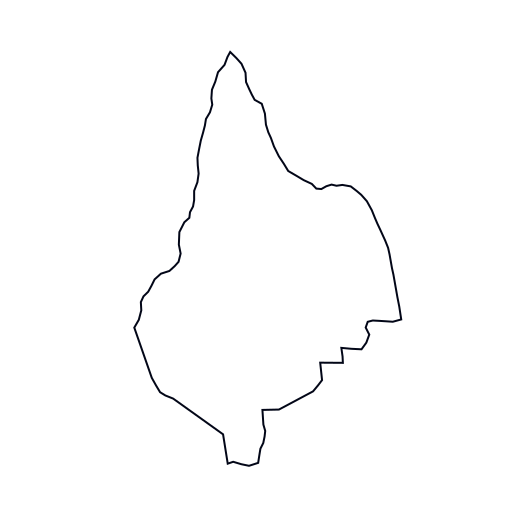 outline of Lamarão, Bahia, Brazil, rotated 170°
{"feature_id": "56859067B14062701434656", "entity_name": "Lamarão", "entity_type": "district", "adm_level": 2, "iso_a3": "BRA", "parent_name": "Brazil", "parent_adm1": "Bahia", "projection": "natural_earth1", "projection_center": [-38.916, -11.798], "detail": "fine", "context": "isolated", "style": "outline", "palette": "ink", "viewbox_px": 512, "rotation_deg": 170, "n_neighbors": 0, "source": "geoboundaries", "source_scale": "gbopen_adm2", "svg_char_len": 1582}
<svg xmlns="http://www.w3.org/2000/svg" viewBox="0 0 512 512"><g transform="rotate(170 256 256)"><path d="M388.3,206.6L379.8,154.1L376.9,145.8L374.1,138.5L369.5,134.4L362.4,130.0L319.4,86.1L319.9,56.4L314.2,57.3L306.6,53.5L299.3,50.6L289.8,51.9L287.0,60.1L285.1,65.5L281.3,70.6L278.9,76.7L277.3,82.1L278.0,88.7L276.4,103.3L260.1,100.8L223.3,112.8L217.3,117.9L212.5,122.3L211.3,139.8L189.0,135.7L188.2,142.0L187.9,150.7L178.4,148.1L168.3,145.8L162.4,151.5L158.1,158.9L160.4,166.5L157.4,171.8L152.2,172.2L145.8,170.7L140.0,169.3L132.7,167.5L124.0,168.3L123.7,181.1L123.9,190.9L123.9,205.0L123.9,213.7L124.2,220.4L124.2,226.2L124.2,234.4L124.5,241.1L126.1,248.8L129.1,260.4L130.8,266.6L132.2,272.5L134.0,281.0L137.3,290.7L141.7,297.9L145.5,302.5L150.6,308.1L158.6,311.0L164.5,311.2L169.2,313.2L174.6,312.5L180.0,310.6L184.9,311.9L188.5,317.3L195.8,322.4L202.4,328.1L209.5,334.1L212.5,341.8L216.2,350.3L219.3,360.8L220.8,369.6L222.4,375.7L223.4,383.6L222.5,394.7L223.9,404.9L230.2,410.0L232.1,415.7L233.7,421.5L235.6,429.0L234.5,438.3L236.9,447.8L241.0,454.4L246.0,461.4L249.5,457.0L253.8,449.7L261.5,443.6L265.8,434.8L270.5,427.4L272.6,418.9L272.8,412.6L276.4,405.5L281.5,399.6L283.7,393.3L286.8,386.5L290.3,379.3L293.3,371.6L296.6,362.9L297.6,355.4L298.2,347.1L300.9,338.8L305.6,330.9L307.2,321.8L309.4,315.7L313.4,310.6L315.0,305.2L320.7,301.7L327.3,292.9L330.0,280.6L329.8,271.5L333.3,263.7L337.9,260.1L343.9,256.3L352.7,255.1L359.9,250.6L364.3,244.6L368.4,239.5L373.8,235.8L377.4,230.6L378.4,222.4L382.5,213.5L388.3,206.6Z" fill="none" stroke="#020617" stroke-width="2"/></g></svg>